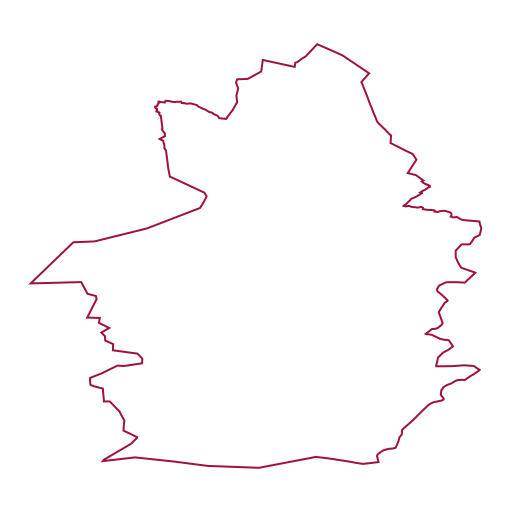 Grane nor, Nordland, Norway (Natural Earth projection)
{"feature_id": "86288312B42207661783439", "entity_name": "Grane nor", "entity_type": "district", "adm_level": 2, "iso_a3": "NOR", "parent_name": "Norway", "parent_adm1": "Nordland", "projection": "natural_earth1", "projection_center": [13.588, 65.442], "detail": "fine", "context": "isolated", "style": "outline", "palette": "rose", "viewbox_px": 512, "rotation_deg": 0, "n_neighbors": 0, "source": "geoboundaries", "source_scale": "gbopen_adm2", "svg_char_len": 5977}
<svg xmlns="http://www.w3.org/2000/svg" viewBox="0 0 512 512"><path d="M102.9,461.1L135.1,457.4L174.5,461.6L207.6,465.9L258.9,467.8L311.3,457.8L315.7,456.9L326.0,458.1L332.7,459.0L351.6,462.0L355.0,462.7L363.1,463.9L378.5,462.1L377.4,457.5L377.0,456.2L377.2,455.2L378.0,454.1L380.6,452.2L382.7,450.7L383.8,450.2L388.8,448.8L392.9,448.5L395.4,447.8L395.7,447.6L396.3,446.3L397.2,444.1L397.9,442.7L398.5,441.1L399.4,437.5L401.8,434.4L402.2,429.7L412.2,420.9L415.8,417.4L416.9,416.2L419.3,413.9L421.2,411.9L425.4,407.9L427.3,406.0L428.7,404.8L429.6,404.2L431.4,403.2L433.0,402.5L433.8,402.2L442.2,400.4L443.3,399.7L443.8,399.0L443.2,397.9L441.4,395.7L440.8,394.7L441.2,391.3L441.5,389.7L442.3,389.4L443.1,387.5L444.6,386.3L445.2,386.1L446.9,385.1L451.6,383.3L454.8,381.3L456.6,380.4L457.1,380.2L461.8,379.8L464.8,380.0L468.5,377.4L471.1,375.7L473.9,374.1L479.2,370.5L479.5,370.2L479.7,369.9L477.4,368.5L474.0,366.1L473.3,365.9L463.8,365.3L451.1,366.2L436.2,366.3L436.1,366.0L436.3,365.0L437.5,360.2L437.9,357.8L438.1,357.5L442.6,353.0L444.0,352.1L448.0,350.0L451.5,347.5L452.6,346.8L453.0,346.4L451.9,344.8L450.1,342.1L448.9,340.4L448.3,340.1L444.6,339.8L440.2,338.9L431.8,334.8L426.2,334.1L425.7,333.9L429.3,331.1L430.5,330.2L431.7,329.2L432.4,329.0L434.6,328.9L437.0,328.3L437.7,328.0L441.4,325.0L442.6,323.3L442.7,322.9L442.4,322.4L441.7,320.4L441.3,319.3L438.8,312.4L438.8,312.0L441.1,308.3L443.0,305.6L444.8,302.7L445.5,302.3L447.6,300.7L447.6,300.3L443.2,296.1L440.6,293.9L440.0,293.3L437.7,291.6L437.3,290.9L437.0,290.0L437.1,289.3L437.4,288.5L438.8,286.1L439.7,285.3L445.6,282.5L447.4,282.2L456.2,282.2L464.5,282.6L465.1,282.4L467.8,279.7L468.9,278.8L475.3,272.7L474.7,272.4L462.3,268.1L460.9,267.4L460.2,266.0L458.4,263.2L456.3,258.5L456.0,257.8L455.7,256.4L455.7,250.7L456.5,249.8L461.4,244.6L462.4,244.3L464.8,244.4L467.7,244.4L469.7,244.2L470.1,244.0L470.3,243.8L470.7,243.1L472.2,241.1L474.3,237.7L474.8,237.4L479.6,235.1L480.4,232.3L481.3,228.2L480.0,224.4L479.4,221.5L472.0,220.8L466.7,220.4L463.0,220.0L460.7,219.2L459.8,218.6L458.8,218.2L457.1,217.0L453.1,217.4L452.2,217.1L451.4,216.7L450.8,216.6L451.0,216.1L451.4,215.0L451.5,214.4L451.4,213.8L451.2,213.3L450.8,212.8L448.2,211.7L447.2,211.6L445.4,210.9L444.4,210.8L442.3,210.9L440.2,211.2L439.2,211.4L438.4,211.8L437.4,211.9L435.3,211.7L434.6,211.6L434.9,211.0L434.5,210.5L434.1,210.2L433.0,210.2L431.0,209.9L430.2,209.9L429.9,210.0L427.6,209.8L427.0,209.9L426.4,209.7L426.0,209.7L425.2,209.4L424.4,209.5L423.0,209.2L423.3,208.7L423.1,208.4L423.1,207.9L422.8,207.6L421.9,207.2L421.7,207.0L420.3,207.1L418.6,207.5L416.6,207.5L415.4,207.2L412.8,207.1L411.0,206.7L410.1,206.2L409.2,206.0L408.5,206.0L407.8,206.1L407.3,206.1L406.7,206.4L405.7,206.4L404.8,206.1L403.9,206.0L403.5,205.9L403.6,205.6L404.2,205.4L405.4,204.8L406.7,203.5L408.0,202.1L408.9,201.4L409.9,200.5L410.8,199.2L411.4,198.8L411.7,198.6L415.0,197.3L419.8,194.6L420.2,194.3L420.3,193.8L420.5,193.6L422.0,193.2L421.9,192.9L421.0,192.7L420.4,192.4L421.2,192.0L421.3,191.8L421.4,191.6L421.8,191.3L422.3,191.2L422.8,190.8L424.6,190.0L425.0,189.9L425.6,189.4L427.4,188.3L427.9,187.8L428.4,187.5L428.8,187.4L429.1,187.1L429.4,187.0L429.5,186.7L429.9,186.6L429.8,186.4L429.5,186.2L429.6,185.9L428.9,185.8L428.9,185.7L429.0,185.5L428.7,185.1L427.8,185.0L427.4,184.6L426.6,184.6L426.1,184.2L425.5,184.1L425.3,183.8L425.0,183.7L423.3,182.9L421.9,181.5L423.4,180.6L416.0,175.1L407.8,173.1L412.9,165.1L416.4,159.7L412.8,154.1L405.7,150.7L390.5,143.0L391.1,135.5L390.1,134.8L384.8,129.3L383.9,128.5L381.6,126.2L379.9,124.6L379.2,123.8L377.5,122.0L376.9,121.1L375.7,117.8L374.2,114.3L373.0,111.3L372.6,110.4L372.5,109.9L371.6,107.7L370.1,104.2L368.3,99.4L367.8,98.2L367.5,97.1L365.8,92.8L364.0,88.4L362.2,83.9L361.4,82.2L361.6,81.9L364.4,78.6L365.3,77.7L368.2,74.2L369.1,73.3L342.4,55.3L317.2,44.2L305.7,56.4L302.5,58.3L297.1,62.2L295.3,62.7L294.7,66.9L262.8,60.0L261.2,71.5L247.8,78.9L237.2,79.3L236.0,82.7L238.2,88.4L236.4,95.6L237.2,102.1L232.8,109.9L228.3,115.7L226.2,118.9L219.2,118.2L218.5,116.9L217.0,115.4L215.8,115.0L214.4,114.3L213.6,114.0L212.8,113.2L212.2,112.8L209.9,112.1L209.0,111.9L206.2,110.1L206.0,109.9L204.5,109.3L202.8,108.7L198.0,106.3L196.9,105.1L190.6,103.4L186.6,103.7L186.0,103.7L184.9,103.2L183.9,103.3L183.2,103.0L181.6,103.0L181.5,102.4L181.0,101.6L178.8,101.8L177.2,101.7L175.1,102.1L172.1,101.8L170.7,101.5L169.8,101.1L168.9,101.0L165.4,100.8L165.2,101.3L165.2,101.6L164.8,102.5L164.5,102.5L163.4,102.3L160.7,102.1L160.0,102.0L159.9,101.9L159.7,101.7L159.4,101.6L158.5,101.6L158.5,101.8L158.7,102.2L158.7,102.4L158.4,102.6L158.4,102.8L158.5,102.8L158.7,103.3L158.2,103.9L158.0,104.0L157.6,104.4L157.6,104.5L157.6,104.8L157.6,105.1L157.2,105.7L157.2,105.8L156.0,106.5L155.3,106.6L155.3,106.8L155.1,107.0L155.4,107.4L155.4,107.9L155.5,108.1L155.9,108.3L156.4,108.4L156.6,108.8L157.0,109.0L157.1,109.9L156.9,110.0L156.9,110.3L156.7,110.4L156.7,110.6L156.6,110.8L157.1,110.9L157.0,111.1L156.7,111.2L156.3,111.4L156.3,111.5L157.2,111.7L158.6,112.4L158.9,112.4L158.9,112.7L159.3,112.9L159.2,113.0L159.3,113.3L159.3,114.5L159.6,115.0L159.8,115.2L160.8,115.7L162.4,127.9L161.9,129.6L162.1,129.7L164.8,133.5L165.0,136.1L159.7,139.0L163.2,140.8L163.7,143.1L164.4,144.9L164.4,148.2L166.0,150.4L168.4,169.3L169.9,176.6L204.3,192.6L206.6,196.3L204.1,201.4L202.0,204.9L200.0,208.0L147.0,228.4L94.6,241.4L73.3,242.3L30.7,283.4L81.2,282.1L87.5,293.8L95.9,296.0L96.6,299.1L87.2,317.6L99.8,317.9L99.0,322.9L109.2,328.0L101.3,332.6L105.0,336.2L105.2,340.5L113.1,344.1L112.9,350.3L137.4,353.6L142.3,358.6L142.1,363.3L123.9,366.0L117.5,365.6L101.8,373.3L90.1,377.9L90.1,381.3L90.2,383.0L90.2,383.5L90.7,385.0L94.1,386.3L102.9,388.6L103.1,391.8L103.8,399.0L103.9,400.8L103.9,401.5L109.0,401.4L110.2,401.8L116.1,408.0L117.2,409.2L118.3,410.2L119.5,411.5L121.0,414.5L124.3,420.4L124.4,420.9L124.3,421.1L123.7,426.7L123.5,430.6L137.1,437.1L137.1,437.7L131.2,443.7L104.5,459.4L103.9,459.8L102.9,461.1Z" fill="none" stroke="#9f1239" stroke-width="2"/></svg>